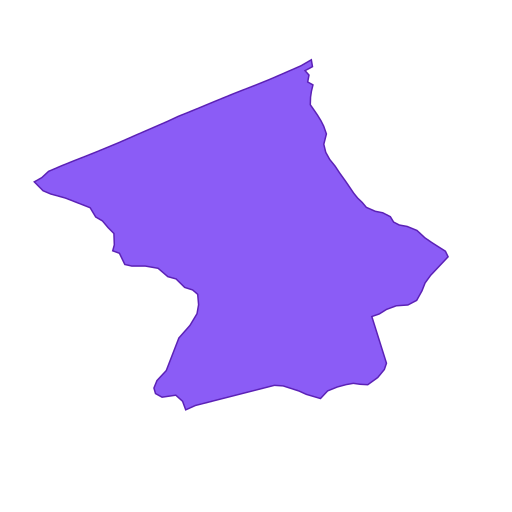 outline of Mataraca, Paraíba, Brazil, rotated 248°
{"feature_id": "56859067B64684814426718", "entity_name": "Mataraca", "entity_type": "district", "adm_level": 2, "iso_a3": "BRA", "parent_name": "Brazil", "parent_adm1": "Paraíba", "projection": "equal_earth", "projection_center": [-35.042, -6.555], "detail": "fine", "context": "isolated", "style": "filled", "palette": "violet", "viewbox_px": 512, "rotation_deg": 248, "n_neighbors": 0, "source": "geoboundaries", "source_scale": "gbopen_adm2", "svg_char_len": 1530}
<svg xmlns="http://www.w3.org/2000/svg" viewBox="0 0 512 512"><g transform="rotate(248 256 256)"><path d="M139.7,133.2L140.1,143.9L129.2,224.6L125.4,232.5L114.6,245.4L108.9,250.8L99.7,262.4L104.1,271.9L104.1,282.3L103.0,291.4L101.5,298.5L98.0,304.6L94.8,311.4L97.7,323.3L102.7,332.5L107.7,336.8L156.5,340.7L156.1,348.6L157.6,357.0L157.3,367.4L153.7,378.5L154.7,388.4L161.5,396.8L167.7,402.7L172.7,410.7L178.2,422.7L183.3,433.8L189.5,433.4L196.6,428.3L202.8,423.9L209.6,419.4L219.4,414.8L226.8,407.2L231.1,400.4L235.9,396.3L242.1,395.3L248.6,389.7L252.8,383.3L259.8,376.5L265.7,374.6L271.7,371.9L277.7,370.1L284.7,368.6L292.0,367.0L301.8,364.6L309.7,363.0L317.9,360.5L326.0,359.5L334.2,360.7L342.8,367.0L351.0,367.4L356.9,366.9L363.5,365.8L369.0,364.6L375.9,363.0L382.9,366.1L388.0,369.1L393.3,372.9L398.0,369.1L403.9,372.9L409.5,370.9L410.4,379.3L417.2,380.8L415.5,368.6L414.9,346.3L414.6,334.3L414.6,320.1L414.8,306.1L414.9,295.3L414.8,275.5L414.6,254.8L414.6,236.1L414.0,225.1L413.7,213.9L413.1,190.4L412.5,170.8L412.3,145.0L412.5,121.6L412.5,110.1L412.2,95.4L408.9,86.7L407.8,78.2L396.3,83.0L390.3,89.0L381.2,100.9L362.9,120.3L352.2,122.0L346.0,126.8L337.7,129.5L330.1,132.7L319.4,128.8L314.5,125.1L309.7,130.4L297.3,131.2L293.2,137.1L288.2,149.5L281.3,160.6L269.9,166.5L264.7,173.3L253.6,178.1L248.3,184.5L242.3,187.6L232.3,184.5L224.6,179.7L216.4,168.8L208.9,153.8L183.4,129.9L177.6,117.5L171.8,111.9L166.1,111.3L160.3,116.0L157.0,129.5L148.8,133.5L139.7,133.2Z" fill="#8b5cf6" stroke="#5b21b6" stroke-width="1.5"/></g></svg>